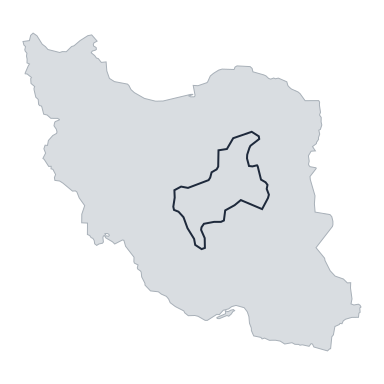 Iran, with Yazd highlighted
{"feature_id": "IRN-3217", "entity_name": "Yazd", "entity_type": "Province", "adm_level": 1, "iso_a3": "IRN", "parent_name": "Iran", "parent_adm1": "", "projection": "natural_earth1", "projection_center": [55.694, 32.497], "detail": "coarse", "context": "in_parent", "style": "outline", "palette": "slate", "viewbox_px": 384, "rotation_deg": 0, "n_neighbors": 0, "source": "natural_earth", "source_scale": "10m", "svg_char_len": 4197}
<svg xmlns="http://www.w3.org/2000/svg" viewBox="0 0 384 384"><path d="M193.2,85.4L198.0,85.7L206.8,82.7L207.6,82.0L210.3,76.0L213.4,73.4L218.7,70.1L222.1,69.1L234.1,69.5L235.0,67.1L237.0,65.9L250.1,66.6L252.1,68.4L252.9,71.8L263.8,74.9L266.0,75.9L268.7,78.5L270.8,79.1L273.7,78.0L275.4,78.8L278.3,78.1L286.8,81.8L287.9,85.6L289.5,87.4L291.4,89.0L298.1,92.0L300.1,93.7L305.1,100.7L318.7,100.6L319.6,102.1L319.4,105.1L320.5,112.3L319.5,115.0L321.2,117.4L321.1,121.9L321.8,125.0L320.4,129.4L318.8,130.2L319.7,134.1L318.4,137.8L318.6,139.3L316.5,142.4L316.4,143.6L312.5,146.6L315.4,150.9L311.1,151.2L308.4,155.8L309.2,161.2L308.5,164.1L309.0,165.6L310.1,166.7L316.0,167.8L316.2,168.5L310.0,176.5L310.3,179.6L315.0,195.8L314.4,203.8L315.1,212.1L330.0,214.6L331.8,216.7L332.9,221.3L332.9,224.8L332.4,226.5L316.0,247.7L324.6,258.2L325.0,260.5L330.2,270.8L335.1,276.1L343.4,279.0L347.3,282.9L350.7,282.7L350.5,288.0L352.0,298.9L351.0,303.9L353.9,305.0L358.4,304.2L360.0,305.2L361.0,307.0L359.8,308.0L360.1,312.3L358.9,313.2L358.5,317.3L351.8,317.4L345.6,319.2L343.3,320.8L342.0,323.7L340.0,323.4L339.3,324.5L334.9,326.5L333.4,334.8L331.8,336.8L330.6,348.7L329.6,348.9L327.5,350.9L313.9,347.0L312.5,344.1L311.1,343.6L309.1,346.3L302.3,344.8L300.0,345.2L298.6,344.4L294.9,344.3L292.0,342.7L284.7,344.0L280.2,341.1L275.3,340.2L269.4,340.3L264.6,338.1L262.1,338.9L260.9,337.4L253.7,335.9L251.4,330.6L251.3,328.0L249.5,323.3L248.9,316.6L247.3,311.8L244.2,307.7L236.0,305.4L231.7,306.6L228.6,308.9L223.3,310.2L219.3,314.7L216.9,314.3L207.3,320.4L205.2,320.4L198.1,316.3L194.9,315.5L188.3,315.7L184.8,312.9L183.8,310.9L175.4,306.6L170.2,302.7L168.6,299.0L166.3,296.3L161.3,294.1L158.4,291.8L150.5,290.9L145.0,285.1L144.9,283.2L141.7,276.9L141.2,272.2L140.5,271.0L137.8,269.1L137.3,267.9L138.0,264.9L134.4,263.1L133.9,261.7L134.0,257.2L125.6,246.3L123.9,240.3L122.4,240.0L114.7,244.0L112.5,241.8L105.8,237.9L104.9,236.5L106.6,235.8L108.3,236.4L109.3,235.6L108.9,234.3L107.3,233.5L105.0,233.6L105.6,234.8L103.4,236.0L102.9,237.5L103.4,242.0L102.5,243.2L98.9,244.0L96.7,245.4L94.7,243.8L94.2,240.5L92.9,238.4L91.1,237.6L89.7,235.5L87.4,234.5L87.5,223.1L81.7,222.8L81.8,214.2L84.7,205.6L79.2,197.9L76.9,192.0L75.4,190.9L72.5,191.1L62.9,183.1L59.6,181.0L54.9,180.4L54.4,177.6L55.6,174.5L53.5,170.5L52.9,169.3L51.0,168.8L51.2,166.3L48.7,166.4L44.2,159.4L42.9,158.4L45.6,153.1L43.9,148.8L45.1,145.2L47.5,145.4L48.4,140.5L52.8,135.5L56.6,133.4L57.0,131.9L56.3,129.2L54.0,125.8L54.5,123.0L55.2,121.6L59.2,120.0L59.4,119.4L57.6,118.4L50.8,118.3L47.1,115.0L43.7,114.2L41.8,106.8L41.2,105.9L39.6,105.6L38.6,104.3L38.2,99.4L35.8,97.2L34.1,89.9L34.0,88.2L34.7,86.6L31.0,83.4L30.7,78.6L31.5,77.5L27.2,74.0L25.2,73.8L25.1,73.2L28.3,65.8L29.5,64.0L27.0,62.9L27.1,59.2L26.5,56.1L26.9,53.2L25.2,51.1L24.8,49.8L25.5,46.6L23.9,45.0L23.0,41.5L29.4,40.6L30.7,35.3L33.1,33.1L36.9,35.7L42.2,44.2L45.5,46.7L47.9,49.5L59.7,52.5L62.3,51.6L66.3,51.7L71.6,46.5L74.0,45.8L80.2,40.5L87.8,35.7L91.7,34.9L97.1,41.1L93.9,42.9L93.3,44.5L93.6,46.0L96.1,47.5L96.4,49.3L95.5,50.1L92.2,51.1L91.2,52.8L94.7,55.6L96.4,58.0L98.3,58.6L101.3,62.4L106.1,61.9L106.8,70.9L109.4,78.4L114.4,81.6L127.5,84.1L128.9,85.5L131.0,89.6L134.3,92.6L144.4,98.4L155.6,101.2L163.1,101.0L190.6,94.4L193.2,94.4L189.0,96.0L190.6,96.8L194.1,96.8L194.9,96.1L195.0,95.0L193.2,85.4ZM233.0,311.4L231.3,314.0L228.8,316.2L226.9,315.5L219.2,318.7L217.2,318.5L216.9,317.5L225.4,313.8L225.7,312.8L225.3,310.8L228.0,311.7L231.0,310.1L233.5,309.6L234.6,310.7L233.0,311.4Z" fill="#d9dde1" stroke="#a8b0b8" stroke-width="1"/><path d="M188.0,187.9L208.6,180.1L210.2,177.6L211.6,172.3L216.7,169.3L218.2,166.6L218.5,150.3L226.9,149.0L233.2,138.2L251.7,131.8L258.8,136.3L259.2,139.0L250.5,145.7L249.4,147.9L247.2,154.7L247.0,158.4L249.0,166.0L252.5,166.4L257.0,165.3L257.7,166.3L261.0,179.6L265.6,182.3L267.5,184.9L266.7,188.9L268.9,194.7L268.0,198.0L262.1,209.1L240.8,200.1L234.6,205.2L225.2,210.4L223.9,220.5L220.9,221.9L213.9,221.9L203.9,223.8L201.5,227.3L201.1,229.9L204.7,238.1L204.9,247.9L201.6,249.1L195.2,244.9L194.1,238.9L187.5,228.2L183.5,217.2L178.5,211.7L174.0,209.9L173.3,206.7L174.7,197.6L174.4,190.2L181.1,186.6L188.0,187.9Z" fill="none" stroke="#1e293b" stroke-width="2"/></svg>